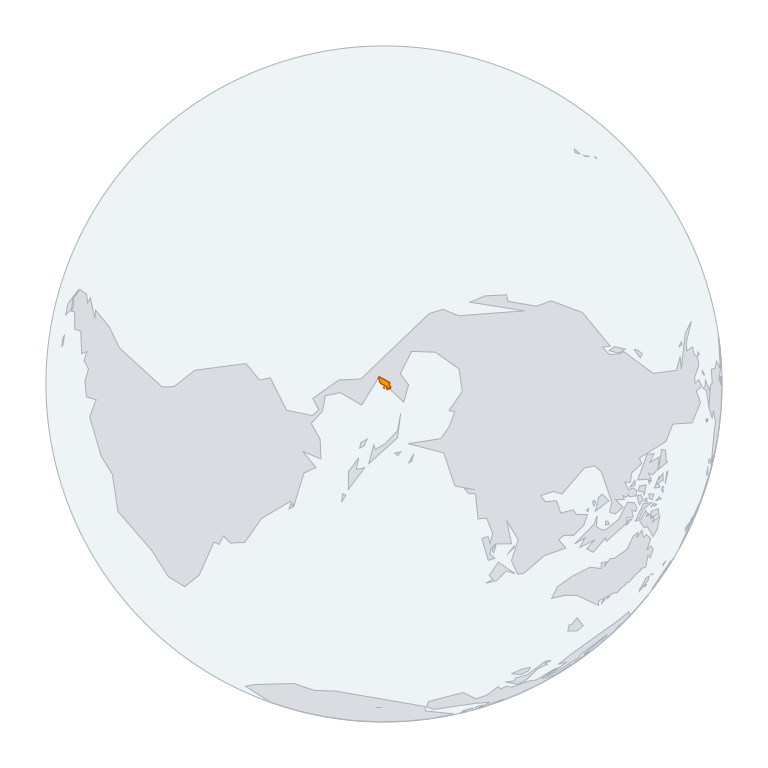 Belize highlighted on a globe, orthographic projection, rotated 116°
{"feature_id": "BLZ", "entity_name": "Belize", "entity_type": "country or territory", "adm_level": 0, "iso_a3": "BLZ", "parent_name": "North America", "parent_adm1": "", "projection": "orthographic", "projection_center": [-88.465, 17.185], "detail": "fine", "context": "on_globe", "style": "filled", "palette": "amber", "viewbox_px": 768, "rotation_deg": 116, "n_neighbors": 0, "source": "natural_earth", "source_scale": "50m", "svg_char_len": 9520}
<svg xmlns="http://www.w3.org/2000/svg" viewBox="0 0 768 768"><g transform="rotate(116 384 384)"><circle cx="384" cy="384" r="338" fill="#eef3f6" stroke="#a8b0b8"/><path d="M443.7,434.5L435.7,431.3L428.2,441.6L400.3,426.5L389.6,406.9L300.8,374.2L291.0,363.6L290.0,346.8L256.7,289.9L272.8,342.6L260.6,331.9L250.1,312.9L255.3,308.6L247.4,281.3L236.0,270.2L232.8,236.8L250.9,197.1L255.0,203.8L258.8,194.4L253.9,185.9L249.8,182.7L256.5,146.7L243.6,127.2L229.3,129.9L240.4,123.3L206.4,135.5L192.9,135.2L214.5,130.5L221.6,126.3L215.5,123.0L221.5,118.2L222.0,114.2L229.6,109.1L241.7,107.8L246.9,104.8L242.3,102.8L247.0,97.2L253.0,100.5L262.0,91.4L283.8,90.0L293.5,106.9L311.9,105.4L338.7,122.0L342.5,117.5L355.1,122.4L364.3,119.5L366.6,124.4L371.9,118.0L368.0,114.1L369.0,110.3L374.0,108.5L377.9,114.1L375.9,115.8L379.7,116.6L379.5,120.3L382.4,117.4L386.5,125.1L390.0,115.2L399.5,119.3L400.2,125.1L390.3,127.5L367.5,150.2L365.1,158.6L371.7,167.1L404.8,175.8L406.3,184.6L415.5,194.2L419.2,187.5L413.3,177.7L422.5,168.6L414.2,158.8L416.8,154.0L412.2,143.7L423.5,142.5L436.9,147.2L441.2,156.0L447.3,158.8L451.7,148.7L468.1,164.7L493.2,175.5L496.3,180.6L486.9,192.0L465.2,195.1L453.0,213.8L471.7,199.3L479.0,213.9L484.8,215.8L490.6,214.2L492.0,208.0L496.8,213.0L480.1,228.2L475.5,223.8L480.8,218.7L470.7,220.8L459.5,232.9L464.1,240.3L442.4,253.7L445.4,259.6L442.4,266.4L439.0,255.9L444.6,275.5L419.8,300.1L427.0,336.0L408.3,309.1L394.5,306.7L378.2,308.1L379.1,313.9L356.5,310.3L337.5,323.1L332.9,351.8L342.6,373.5L367.6,373.9L374.0,361.5L391.7,358.3L381.4,391.7L412.7,394.9L410.9,419.5L420.4,431.6L435.5,427.4L451.3,432.2L461.7,417.2L478.9,407.9L480.3,427.5L488.9,408.5L499.1,416.9L532.6,411.7L530.3,416.6L558.7,435.2L587.5,439.7L594.2,452.3L591.0,461.7L600.5,462.0L600.6,467.6L636.7,466.3L653.5,474.2L651.7,493.4L635.4,519.7L615.2,567.2L584.4,588.4L572.9,606.4L542.6,634.1L524.4,635.8L525.9,645.8L512.8,653.9L499.9,656.2L494.6,663.8L485.0,665.2L489.2,669.0L469.5,679.7L470.2,686.0L454.8,693.6L455.7,696.8L451.3,697.1L445.7,698.9L443.8,700.8L432.3,698.7L433.7,690.7L441.1,685.9L435.5,685.6L451.7,672.6L444.1,675.6L453.1,655.9L467.5,637.7L483.9,582.3L478.3,571.5L454.5,560.0L426.2,517.0L435.0,497.6L428.3,488.9L450.3,460.0L443.7,434.5ZM89.3,315.9L91.4,308.2L92.2,314.0L89.3,315.9ZM91.2,302.9L90.8,305.7L90.8,303.3L91.2,302.9ZM90.3,300.8L91.0,302.4L89.9,301.4L90.3,300.8ZM88.8,299.0L89.7,299.7L89.5,299.9L88.8,299.0ZM426.4,348.3L462.2,362.8L443.1,366.6L446.5,363.1L437.2,356.7L420.2,351.3L403.1,356.1L426.4,348.3ZM87.5,293.8L87.3,292.3L88.4,292.2L87.5,293.8ZM439.8,327.3L433.7,326.4L439.5,325.8L439.8,327.3ZM246.9,182.4L253.2,186.4L255.4,196.3L249.5,193.4L246.9,182.4ZM243.6,165.1L248.2,165.0L243.4,174.0L242.3,171.2L243.6,165.1ZM217.7,133.5L221.7,135.2L215.8,135.3L217.7,133.5ZM220.7,114.5L217.7,115.8L219.2,113.3L220.7,114.5ZM406.3,145.3L409.2,144.6L408.6,146.8L406.3,145.3ZM401.7,141.8L398.8,145.0L396.2,143.8L398.0,141.8L401.7,141.8ZM232.3,103.5L235.7,99.6L234.4,103.2L232.3,103.5ZM405.8,138.2L391.9,141.4L387.3,139.5L390.3,130.7L405.8,138.2ZM239.1,97.1L247.2,88.7L241.1,90.3L262.7,81.7L248.7,91.2L248.0,95.2L244.3,94.7L239.1,97.1ZM364.6,113.8L368.9,117.7L360.6,116.3L364.6,113.8ZM359.0,113.9L332.0,116.7L328.1,110.7L337.9,110.6L329.0,104.8L340.4,100.4L347.8,102.6L348.1,107.2L352.2,102.1L359.0,113.9ZM273.4,78.8L277.1,77.0L275.5,78.8L273.4,78.8ZM368.7,108.7L363.6,109.5L359.8,104.2L369.4,101.6L367.5,104.1L368.7,108.7ZM321.2,105.8L320.0,101.9L328.9,97.0L329.6,95.0L340.3,99.8L321.2,105.8ZM370.9,104.4L374.3,100.6L380.6,101.6L373.5,107.6L370.9,104.4ZM354.9,104.0L353.5,101.5L357.4,102.0L354.9,104.0ZM405.1,104.4L399.1,104.8L396.6,101.9L405.1,104.4ZM375.1,99.2L372.9,98.9L371.2,98.0L374.7,95.8L375.1,99.2ZM345.8,96.3L349.7,95.4L341.9,94.1L348.2,90.9L354.2,94.9L354.3,91.9L356.2,91.0L358.9,95.4L345.8,96.3ZM373.2,91.2L382.9,96.1L394.6,95.6L397.2,98.0L377.9,98.5L373.2,91.2ZM364.6,93.2L370.5,92.4L370.6,95.4L366.7,97.8L364.6,93.2ZM350.4,87.6L339.1,91.3L338.2,90.4L350.4,87.6ZM376.6,90.3L374.1,89.3L377.4,89.9L376.6,90.3ZM358.4,87.6L354.5,88.9L353.6,87.8L358.4,87.6ZM372.5,86.2L375.6,87.6L373.1,89.2L372.5,86.2ZM366.0,86.3L365.6,84.5L370.2,88.8L364.4,87.0L366.0,86.3ZM358.1,86.3L356.3,86.1L359.9,85.9L358.1,86.3ZM380.5,80.1L386.9,85.2L381.2,88.3L375.7,82.8L380.5,80.1ZM450.3,703.3L432.7,699.8L443.1,701.3L453.6,697.6L461.6,700.4L450.3,703.3ZM479.6,692.7L489.8,689.6L491.3,690.2L484.6,692.6L479.6,692.7ZM622.0,144.2L615.0,138.8L622.2,145.6L629.2,151.5L639.6,162.9L635.1,157.9L623.6,149.1L630.7,161.5L654.5,196.3L655.6,204.2L649.9,204.8L626.6,177.6L626.7,163.3L618.4,155.0L605.8,148.6L606.9,145.3L601.8,141.4L600.6,136.5L586.6,122.5L583.5,117.6L566.1,106.3L562.2,102.7L573.6,110.1L579.9,113.2L570.8,103.3L565.6,99.7L555.0,93.6L553.8,92.3L544.7,87.7L533.6,81.2L539.5,85.9L527.2,80.5L514.1,74.2L511.1,73.6L532.5,84.2L540.1,87.9L545.0,89.4L566.6,102.2L572.3,107.2L553.6,98.1L559.7,104.7L542.5,96.2L495.1,70.5L481.4,64.0L483.9,61.5L494.0,64.7L498.1,66.9L505.3,68.7L499.4,66.6L498.5,66.1L486.5,62.1L485.2,61.6L475.9,59.1L473.0,58.1L478.9,59.7L458.7,54.4L457.7,54.2L480.7,60.2L503.1,67.8L525.0,76.9L546.2,87.6L566.6,99.7L586.1,113.2L604.6,128.0L622.0,144.2ZM429.2,49.1L420.3,48.1L417.2,47.7L418.5,47.8L429.2,49.1ZM416.0,47.6L413.0,47.3L412.8,47.3L416.0,47.6ZM402.3,46.6L402.2,46.6L368.0,47.8L352.3,48.4L355.7,47.5L328.6,51.3L312.9,53.9L315.3,53.7L303.8,56.8L308.6,55.9L308.9,56.2L281.7,66.5L272.9,69.4L263.9,75.7L265.1,75.9L271.1,73.9L262.7,81.7L241.1,90.3L239.5,89.3L227.1,96.3L225.1,93.4L217.7,95.0L222.7,89.3L216.4,91.9L212.2,94.5L200.5,100.9L193.4,105.0L204.1,97.9L217.0,90.3L235.1,84.0L229.3,85.0L236.1,81.7L237.3,80.4L232.8,82.0L228.9,84.0L236.4,80.0L258.8,70.1L281.8,61.9L305.3,55.4L329.3,50.5L353.5,47.5L377.9,46.1L402.3,46.6ZM719.7,345.4L719.8,346.8L716.3,375.9L710.6,368.1L692.7,333.6L690.0,312.5L681.3,293.1L655.9,205.9L659.7,203.3L650.0,177.1L650.5,176.9L661.5,191.8L662.4,192.4L677.0,215.7L689.7,240.1L700.4,265.4L709.0,291.5L715.5,318.2L719.7,345.4ZM675.3,243.8L678.6,249.8L675.3,243.8ZM533.6,411.3L537.8,414.5L532.5,415.4L533.6,411.3ZM441.0,375.0L448.3,374.9L452.3,377.7L446.8,379.1L441.0,375.0ZM500.7,369.6L508.8,370.4L500.7,373.0L500.7,369.6ZM467.7,364.6L494.3,369.8L478.5,377.4L461.6,374.4L472.9,371.5L467.7,364.6ZM437.7,339.1L442.3,340.3L441.4,344.0L437.7,339.1ZM444.1,327.0L442.3,327.5L439.8,324.6L444.1,327.0ZM480.0,213.0L481.5,212.0L487.7,211.6L485.4,214.5L480.0,213.0ZM511.4,196.5L518.3,205.1L511.8,200.5L510.0,205.5L494.0,203.0L497.0,183.1L498.5,192.2L511.4,196.5ZM473.4,195.4L483.3,198.4L472.4,196.0L473.4,195.4ZM574.8,128.2L578.4,128.3L584.9,133.5L588.7,142.5L579.4,134.7L574.8,128.2ZM582.1,127.5L562.5,117.5L559.3,112.5L564.4,116.8L564.3,114.4L572.5,121.0L588.6,126.9L595.3,132.2L598.7,144.3L593.9,137.0L590.6,136.9L582.1,127.5ZM518.1,109.9L509.6,108.0L513.7,99.1L521.2,102.1L525.5,110.5L519.2,112.0L518.1,109.9ZM413.7,123.1L410.2,124.7L409.1,122.9L411.2,120.1L413.7,123.1ZM402.5,104.8L428.0,115.2L425.3,117.3L443.5,122.2L443.3,129.8L431.5,126.1L445.1,136.3L434.3,136.1L444.3,142.6L418.1,133.7L409.0,134.7L419.2,130.5L419.6,123.3L417.0,120.5L402.9,113.7L383.6,113.3L380.9,107.0L384.1,102.7L388.3,101.8L388.8,106.0L394.1,101.8L398.0,107.3L402.5,104.8ZM423.6,68.6L422.3,71.6L433.7,68.5L437.6,72.2L438.7,71.6L445.4,74.4L455.5,77.2L455.8,79.0L459.6,79.4L464.2,81.6L469.4,82.9L471.9,86.9L478.6,89.0L475.9,89.8L486.8,92.4L479.8,92.4L485.0,96.0L489.0,94.1L489.4,117.7L494.9,129.2L503.3,139.3L490.2,139.2L474.0,130.3L458.2,118.3L454.7,107.9L449.5,110.3L446.2,106.2L451.8,106.1L441.4,104.0L440.2,100.8L426.1,93.1L411.8,93.3L406.3,90.9L411.3,89.2L402.3,88.1L408.1,83.6L404.3,82.0L406.1,76.5L418.0,75.0L412.8,73.4L414.0,69.7L423.6,68.6ZM381.4,78.4L394.7,74.7L403.4,75.3L396.5,84.9L399.2,87.0L395.1,94.1L382.6,93.5L384.9,91.4L384.3,89.3L388.4,90.3L384.6,87.9L387.7,85.2L385.5,82.7L390.5,82.1L381.4,78.4ZM647.4,172.4L644.9,169.6L644.1,168.5L641.6,165.3L643.4,167.4L647.4,172.4ZM637.5,163.7L635.9,161.3L643.3,169.1L644.1,170.8L637.5,163.7ZM628.8,153.8L635.3,160.6L632.2,157.9L628.8,153.8ZM571.5,107.9L569.1,105.5L571.3,106.7L575.5,109.7L571.5,107.9ZM458.3,63.6L456.2,64.3L453.9,63.7L444.0,63.6L440.3,61.4L444.8,60.6L458.3,63.6ZM452.6,61.1L448.9,61.2L449.4,60.1L452.6,61.1ZM437.1,59.9L436.5,58.5L438.7,61.2L437.1,59.9ZM415.9,48.6L433.9,50.6L444.3,51.9L446.4,51.9L451.2,53.4L435.0,51.2L415.9,48.6ZM374.3,47.6L372.6,48.6L368.2,48.4L368.0,48.2L374.3,47.6ZM376.9,48.0L384.4,49.0L380.1,49.8L375.0,48.8L376.9,48.0ZM419.1,53.1L424.7,53.6L424.2,54.3L419.1,53.1ZM274.7,77.0L276.9,77.0L273.1,78.2L274.7,77.0ZM311.8,55.7L311.5,56.2L307.0,57.2L311.8,55.7ZM308.3,58.7L313.5,57.1L309.3,58.9L308.3,58.7ZM325.0,54.0L316.2,56.6L322.7,54.0L325.0,54.0Z" fill="#d9dde1" stroke="#a8b0b8" stroke-width="1"/><path d="M380.1,380.3L380.1,379.8L380.2,379.4L380.7,379.2L381.3,379.5L381.6,379.7L381.8,379.6L382.1,379.4L382.4,378.8L383.3,377.5L383.7,376.6L384.0,376.4L384.5,376.4L384.9,376.4L384.6,377.1L384.9,377.2L385.2,377.1L385.9,377.1L386.1,377.9L386.1,378.5L385.4,380.1L385.4,380.7L385.1,381.5L385.5,382.0L385.1,382.8L385.0,383.2L385.0,384.0L385.1,385.3L384.9,387.3L384.3,388.1L384.0,388.4L383.4,389.3L382.7,389.5L381.7,390.9L381.5,391.2L381.6,391.6L381.3,391.6L380.3,391.6L379.6,391.6L379.7,390.1L379.8,387.9L379.8,386.2L379.9,384.6L380.0,383.4L380.0,381.7L380.1,380.3ZM386.9,379.6L386.6,379.7L386.8,379.4L386.9,379.2L387.2,378.3L387.4,378.3L387.5,378.4L386.9,379.6ZM387.4,382.6L387.0,383.4L387.0,383.2L387.2,382.6L387.4,382.4L387.6,382.1L387.6,381.9L387.8,382.0L387.7,382.3L387.4,382.6Z" fill="#f59e0b" stroke="#b45309" stroke-width="1.5"/></g></svg>